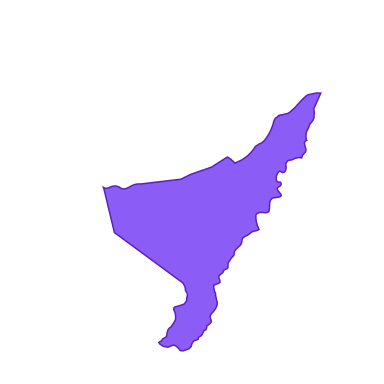 the district of Dugard, Micoud, Saint Lucia, rotated 119°
{"feature_id": "8701671B98916205392785", "entity_name": "Dugard", "entity_type": "district", "adm_level": 2, "iso_a3": "LCA", "parent_name": "Saint Lucia", "parent_adm1": "Micoud", "projection": "equal_earth", "projection_center": [-60.915, 13.81], "detail": "fine", "context": "isolated", "style": "filled", "palette": "violet", "viewbox_px": 384, "rotation_deg": 119, "n_neighbors": 0, "source": "geoboundaries", "source_scale": "gbopen_adm2", "svg_char_len": 5999}
<svg xmlns="http://www.w3.org/2000/svg" viewBox="0 0 384 384"><g transform="rotate(119 192 192)"><path d="M43.1,127.3L43.9,129.0L45.0,131.1L47.3,133.7L50.0,136.9L51.5,138.2L53.4,139.0L57.7,140.4L64.7,142.1L67.7,142.7L74.4,145.0L76.6,146.1L80.5,150.3L82.0,152.3L83.3,152.9L83.2,153.4L84.0,153.5L85.5,154.0L87.1,154.9L89.2,154.8L90.4,154.8L94.1,153.8L100.3,153.0L103.8,152.9L106.7,153.0L111.0,153.5L112.3,153.8L115.1,154.8L117.4,156.5L121.5,158.7L125.0,158.9L128.8,159.6L131.0,160.2L133.6,161.0L137.4,162.8L139.0,163.5L141.2,165.0L145.0,167.8L146.2,168.8L145.9,169.1L145.5,170.0L145.2,170.9L145.1,171.8L144.9,172.6L144.5,174.1L144.3,176.5L144.3,178.1L160.8,187.0L177.1,201.6L186.2,207.9L210.1,241.1L210.4,241.9L210.5,242.1L210.9,242.7L211.2,243.2L212.1,244.4L212.9,245.4L213.3,245.8L213.7,246.2L214.4,246.7L216.5,248.3L217.7,249.0L218.6,249.5L219.1,249.9L219.8,250.5L220.9,251.3L221.2,251.6L221.7,252.2L222.3,252.9L222.5,253.2L222.7,253.6L222.9,254.1L223.0,254.3L223.0,254.5L223.1,254.9L223.1,255.6L223.1,256.6L223.0,257.4L223.0,257.9L223.2,259.5L223.3,260.3L223.4,260.5L223.5,261.0L223.7,261.5L224.1,262.2L224.8,263.3L225.5,264.3L226.4,265.3L227.3,265.9L228.2,266.5L228.9,267.1L229.7,267.9L230.1,268.4L230.4,268.8L230.6,269.3L230.8,270.1L230.8,270.5L230.9,271.8L231.7,270.8L265.1,240.2L275.9,156.3L276.3,155.3L278.0,152.5L279.7,151.0L281.4,149.9L282.8,147.4L284.1,146.2L285.6,145.6L287.1,145.3L290.2,143.8L291.8,144.3L293.5,144.4L296.0,146.4L298.9,149.2L301.1,151.5L301.8,151.7L302.8,151.4L303.7,151.0L305.1,149.1L306.6,147.5L309.5,145.6L311.5,144.6L315.1,144.5L316.4,144.6L318.5,144.9L320.3,144.9L321.8,145.8L324.3,146.2L325.8,145.9L330.8,144.3L332.0,144.7L334.7,146.5L335.9,146.4L336.7,146.6L337.1,146.6L338.0,147.3L339.7,148.1L340.5,146.6L340.8,144.2L340.9,142.3L340.0,139.2L339.5,138.1L338.9,137.3L336.0,135.1L335.0,134.2L334.6,132.9L334.6,131.4L334.9,128.9L336.2,125.9L336.1,124.5L335.2,122.7L330.6,118.6L327.5,117.8L324.5,118.6L323.1,118.4L321.7,118.3L320.2,117.3L319.1,116.2L317.7,115.2L316.3,115.8L315.2,115.5L313.8,114.5L311.8,114.0L309.8,114.2L307.1,114.2L305.8,113.0L303.4,113.4L302.3,114.2L299.7,113.0L297.8,112.3L296.0,112.2L294.4,113.6L293.0,115.3L292.6,115.5L291.9,115.7L291.3,116.0L291.1,116.0L290.1,116.1L289.2,116.0L288.2,115.8L286.7,115.4L285.4,115.1L284.3,115.0L283.4,114.9L281.3,114.9L280.9,114.9L280.3,115.0L279.7,115.1L279.0,115.2L277.0,116.0L276.7,116.2L275.9,116.7L275.6,117.0L274.6,118.1L272.8,119.6L271.5,120.8L270.9,121.3L269.7,122.0L269.3,122.3L268.8,122.8L268.0,124.1L267.9,124.3L267.6,124.5L267.0,125.0L266.8,125.1L266.6,125.3L265.8,125.9L265.6,126.2L264.6,126.9L264.0,127.3L263.5,127.5L263.3,127.6L263.1,127.5L262.7,127.4L261.9,126.9L260.8,126.1L258.9,124.4L258.7,124.2L258.3,124.0L257.8,123.9L257.6,123.8L257.3,123.8L257.1,123.8L257.0,124.0L256.7,124.3L255.9,124.7L255.6,125.0L255.3,125.3L254.8,125.9L254.0,126.9L253.8,127.1L253.1,127.4L252.3,127.7L252.0,127.7L251.9,127.7L251.3,127.4L251.1,127.4L250.2,127.1L249.6,126.8L248.8,126.4L247.9,126.1L247.6,126.0L247.0,126.0L246.0,126.2L245.5,126.2L245.1,126.1L244.7,126.0L244.3,125.8L243.8,125.5L241.9,124.1L241.7,123.9L240.9,123.9L240.5,124.0L240.3,124.1L239.7,124.4L238.2,125.3L237.6,125.6L236.6,125.9L236.1,126.0L235.9,126.0L234.8,125.8L233.9,125.7L233.5,125.8L232.0,125.7L231.2,125.7L230.4,125.5L229.8,125.4L228.8,125.1L228.1,124.9L227.5,124.8L227.0,124.7L226.5,124.8L224.8,125.5L223.6,125.9L223.2,126.0L222.1,125.9L221.8,125.9L220.7,125.6L218.6,125.0L217.3,124.7L216.0,124.2L214.9,123.9L214.4,123.9L213.3,123.9L212.2,124.1L211.1,124.4L210.3,124.8L209.7,125.0L209.0,125.2L208.7,125.2L207.4,125.1L207.0,125.0L205.4,124.2L204.1,123.4L202.7,122.4L202.0,122.0L201.3,121.7L200.7,121.4L199.5,121.0L198.2,120.4L197.6,120.0L196.7,119.3L196.2,118.9L195.8,118.3L194.4,116.7L193.9,116.3L193.3,115.8L192.7,115.4L192.3,115.2L192.1,115.3L191.4,116.3L191.1,116.7L190.3,117.8L189.7,118.5L187.8,120.4L186.4,121.7L185.7,122.2L185.4,122.4L183.4,123.7L182.2,124.4L181.6,124.8L181.2,124.9L180.7,124.9L180.2,124.8L179.6,124.6L178.5,124.0L177.9,123.6L177.4,123.2L177.1,122.8L176.6,122.1L175.8,120.6L175.1,119.0L174.7,118.0L174.4,117.4L174.0,116.9L173.6,116.5L172.7,115.8L172.2,115.5L172.1,115.4L171.8,115.4L171.2,115.4L170.3,115.7L169.5,116.0L169.4,116.1L169.0,116.3L168.3,116.5L167.5,117.0L166.9,117.3L166.3,117.5L166.0,117.6L165.0,118.3L164.1,118.6L163.0,119.0L161.5,119.3L160.0,119.2L159.4,119.0L159.1,118.9L158.3,118.6L158.0,118.4L157.2,117.4L156.9,116.9L156.8,116.6L156.4,116.2L155.3,114.8L154.5,113.7L154.1,113.3L153.6,112.9L152.8,112.4L152.4,112.2L152.2,112.2L151.7,112.3L151.2,112.7L151.1,112.9L150.7,113.6L150.5,114.0L149.8,115.8L149.3,117.1L148.9,117.9L148.5,118.4L148.2,118.8L147.9,119.1L147.1,119.1L146.7,119.1L145.4,118.6L144.9,118.3L144.4,118.0L143.8,117.8L143.1,117.6L142.7,117.6L142.1,117.8L141.6,118.1L141.0,118.6L140.6,119.1L140.6,119.4L141.0,120.3L141.2,120.7L141.4,121.1L141.6,121.6L141.6,122.1L141.5,122.7L141.4,123.0L140.7,124.0L140.1,124.4L139.7,124.8L138.4,125.4L137.7,125.7L137.1,125.9L135.9,126.1L135.1,126.2L132.8,126.1L132.1,125.9L131.6,125.6L131.3,125.4L131.1,124.9L131.1,123.9L131.2,123.6L131.2,123.3L131.2,122.8L131.1,122.2L130.3,121.1L130.1,121.0L129.4,120.7L128.4,120.6L127.8,120.6L127.2,120.7L126.5,120.9L125.2,121.4L124.6,121.7L124.0,122.1L122.3,123.5L120.9,123.7L120.7,123.8L119.6,123.7L118.8,123.5L118.0,123.2L117.8,123.1L116.9,122.1L116.3,121.3L115.8,120.7L115.3,120.1L112.7,118.2L112.3,117.8L110.8,116.2L110.6,116.0L110.3,115.6L109.9,114.9L109.5,114.0L109.4,113.6L109.2,113.0L109.2,112.8L108.9,112.6L106.9,113.0L106.5,113.1L106.0,113.1L104.9,112.9L102.7,112.3L102.5,112.2L101.9,112.2L100.7,112.4L100.0,112.7L99.7,112.9L99.2,113.3L98.7,113.7L97.4,115.1L96.5,115.9L95.4,116.8L94.9,117.2L94.2,117.6L93.8,117.7L93.6,117.8L93.3,117.7L92.9,117.6L92.3,117.4L92.0,117.3L91.4,116.9L91.2,116.7L90.7,117.4L88.4,119.2L85.9,120.4L83.7,121.0L79.8,121.2L77.5,121.5L75.5,121.8L70.9,120.9L68.2,121.2L66.3,122.2L63.5,123.4L61.6,124.7L60.4,125.8L43.1,127.3Z" fill="#8b5cf6" stroke="#5b21b6" stroke-width="1.5"/></g></svg>